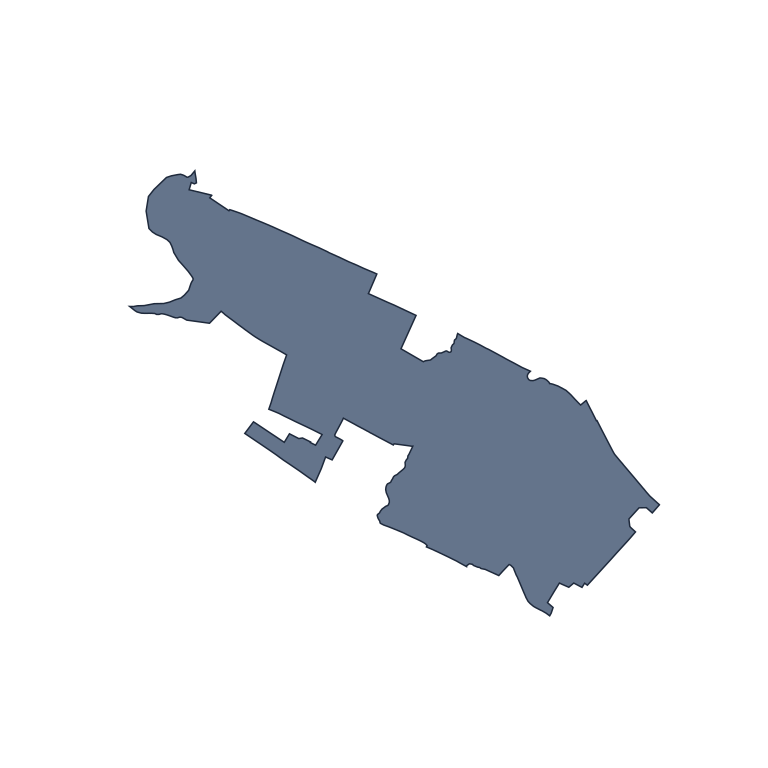 Clinceni, Ilfov, Romania, rotated 64°
{"feature_id": "2599482B71461276901168", "entity_name": "Clinceni", "entity_type": "district", "adm_level": 2, "iso_a3": "ROU", "parent_name": "Romania", "parent_adm1": "Ilfov", "projection": "mercator", "projection_center": [25.929, 44.377], "detail": "fine", "context": "isolated", "style": "filled", "palette": "slate", "viewbox_px": 768, "rotation_deg": 64, "n_neighbors": 0, "source": "geoboundaries", "source_scale": "gbopen_adm2", "svg_char_len": 6170}
<svg xmlns="http://www.w3.org/2000/svg" viewBox="0 0 768 768"><g transform="rotate(64 384 384)"><path d="M109.5,460.6L112.0,466.1L112.2,469.5L111.7,470.5L110.7,471.1L109.3,472.0L108.0,473.1L106.3,474.9L105.4,477.5L103.7,483.8L103.0,489.0L108.3,505.4L112.2,513.5L124.3,522.0L141.2,527.1L145.9,525.5L149.7,523.2L154.6,518.9L159.2,515.7L162.9,514.3L167.0,514.3L170.6,514.7L173.7,515.3L182.8,514.5L189.8,512.5L197.0,510.6L203.2,509.5L204.6,509.4L205.8,509.4L206.8,510.2L207.7,511.7L208.9,513.3L211.1,515.5L214.1,518.4L216.6,524.4L217.7,528.9L216.8,534.6L216.4,540.8L215.1,546.7L211.1,555.3L208.4,565.2L205.6,571.4L204.5,575.3L202.8,578.6L208.7,575.8L211.0,574.4L214.0,571.0L214.8,569.5L215.5,568.3L216.0,567.2L216.7,565.8L217.4,564.2L218.1,562.9L218.5,562.0L218.8,561.4L219.3,560.7L219.8,559.6L220.7,558.6L221.6,558.1L222.0,557.4L222.5,556.4L222.9,555.4L223.1,553.8L223.4,553.0L223.9,552.2L225.1,550.6L226.8,548.7L228.1,547.4L229.4,546.1L231.5,544.1L233.0,542.5L234.0,540.6L234.4,538.1L235.6,536.4L240.1,533.3L252.9,514.2L247.2,498.5L250.3,497.1L251.9,496.5L252.3,496.3L257.2,493.8L260.8,491.9L267.4,488.6L270.2,487.1L274.7,484.8L282.9,480.4L285.5,478.9L289.6,476.3L292.2,474.6L298.1,470.5L300.8,468.6L306.0,465.0L309.3,462.7L314.5,459.2L315.2,458.8L322.4,466.1L341.6,484.6L342.6,485.6L348.2,490.9L351.2,493.6L356.2,498.6L360.5,494.7L364.5,491.2L369.2,487.7L372.6,485.0L376.2,482.2L378.8,480.2L388.0,472.8L393.3,468.6L402.1,461.9L402.3,461.8L407.4,469.8L409.0,472.3L404.3,475.9L403.9,475.4L396.8,480.9L395.7,484.5L387.3,490.8L392.7,499.2L388.6,501.6L383.1,504.8L378.7,507.4L373.7,510.3L362.4,516.9L360.8,517.9L367.4,530.8L380.6,523.2L383.5,521.5L390.5,517.5L393.8,515.6L397.2,513.7L400.8,511.7L403.7,510.2L408.4,507.7L414.4,504.2L422.8,499.4L424.9,498.2L435.6,492.4L436.4,491.9L438.1,491.0L441.2,489.3L442.2,488.9L432.6,477.5L424.0,468.5L429.5,463.9L417.1,445.9L416.2,446.3L414.1,447.7L411.4,449.7L410.4,450.5L409.9,450.8L409.1,450.8L408.2,450.6L406.6,448.6L403.6,444.4L400.4,440.0L398.1,436.9L396.9,435.5L406.8,428.4L407.5,427.9L408.7,427.1L410.8,425.6L411.9,424.8L412.5,424.3L413.3,423.8L414.1,423.2L414.7,422.7L415.0,422.5L415.5,422.1L416.2,421.7L416.6,421.4L417.2,420.9L417.8,420.5L418.5,420.1L418.9,419.7L420.0,418.9L421.7,417.8L422.4,417.3L423.1,416.7L423.4,416.5L424.4,415.8L425.0,415.4L426.0,414.6L426.6,414.2L427.5,413.6L428.3,413.0L429.1,412.4L429.3,412.3L436.8,406.8L438.2,405.8L438.9,405.3L439.9,404.5L440.5,404.1L441.2,403.6L442.9,402.4L442.2,401.1L450.8,388.2L452.0,386.5L452.5,385.4L453.3,386.3L458.2,392.5L459.1,394.0L461.2,395.4L461.9,397.1L463.6,399.4L466.6,400.6L467.7,401.4L468.5,402.5L469.1,404.2L470.4,409.6L471.1,411.8L471.1,414.6L471.5,415.9L472.0,416.7L472.7,417.5L473.5,418.7L474.1,419.8L474.9,420.5L475.3,421.8L475.3,424.6L476.1,426.0L477.5,427.4L479.7,428.8L482.7,429.6L488.8,429.9L491.0,430.3L492.7,431.1L494.4,432.9L494.8,433.9L494.7,436.2L495.2,438.6L495.5,440.5L496.8,443.1L498.0,444.7L498.4,446.8L498.9,447.6L500.5,448.0L502.3,448.2L504.0,448.1L505.2,447.9L507.2,448.4L507.9,448.1L510.6,446.1L514.4,442.4L517.8,439.3L525.0,432.9L526.5,431.6L530.2,428.8L533.8,425.9L538.0,422.4L540.5,420.4L542.0,419.3L543.8,418.0L545.3,417.1L546.3,416.6L548.1,416.1L549.0,417.3L553.4,413.5L559.5,408.5L559.8,408.3L568.2,401.6L571.1,399.4L574.8,396.5L577.9,394.4L584.4,389.8L584.1,389.6L583.6,389.4L583.1,386.7L583.1,385.9L584.9,383.5L586.2,383.2L589.6,380.2L590.9,378.4L592.4,377.7L595.0,374.3L600.1,370.1L606.0,365.2L606.5,364.8L604.3,359.3L601.9,352.9L601.1,350.7L602.4,349.6L606.0,348.3L607.3,348.4L608.0,348.5L610.9,348.7L613.4,348.9L613.7,348.9L616.0,348.8L617.7,348.9L621.6,349.1L625.3,349.3L632.2,349.7L637.0,349.9L638.0,350.0L642.5,349.8L645.4,348.9L649.4,347.1L651.5,345.7L652.4,345.0L656.2,342.2L656.5,341.9L657.1,341.4L661.0,338.8L665.0,336.7L663.2,334.1L659.0,330.0L657.1,330.8L652.2,332.9L645.1,322.0L639.8,313.6L642.3,311.6L647.7,307.0L646.1,300.7L653.6,295.2L651.4,291.7L651.0,291.0L654.0,289.4L641.2,257.1L637.8,248.8L632.0,234.1L630.3,230.0L627.2,222.8L622.1,224.8L620.8,225.3L620.1,225.4L619.7,225.5L613.6,223.4L612.6,222.9L607.1,209.0L610.2,202.4L617.5,199.4L613.3,189.4L612.9,189.5L611.0,190.3L606.7,192.0L604.7,192.8L602.5,193.7L600.9,194.3L598.6,194.9L596.1,195.6L593.0,196.3L590.4,197.0L587.9,197.6L584.4,198.5L577.5,200.2L570.9,201.9L567.3,202.8L562.3,204.1L560.0,204.6L557.8,205.2L555.5,205.8L550.5,207.0L549.7,207.2L548.5,207.5L547.7,207.6L546.5,207.7L544.6,207.8L533.3,208.1L528.6,208.2L521.1,208.4L510.3,208.6L510.2,209.2L500.0,209.3L496.9,209.4L490.7,209.5L487.5,209.5L487.5,209.9L489.1,216.5L486.3,217.5L481.3,219.1L475.5,220.8L469.5,223.2L466.8,225.1L462.1,228.5L458.1,232.4L456.5,234.4L456.2,235.0L455.6,234.9L454.6,235.0L452.4,235.8L450.8,236.6L449.3,237.7L447.9,239.6L446.9,241.2L446.7,246.5L446.3,248.6L444.9,251.1L443.4,252.0L441.4,252.2L440.1,251.9L438.9,251.2L437.7,249.6L436.7,246.8L429.6,252.7L422.0,258.1L418.1,261.0L414.8,263.4L412.0,265.3L408.8,267.6L407.5,268.5L398.6,274.9L396.6,276.6L390.8,280.7L385.8,284.5L378.5,290.4L377.7,291.2L377.5,291.3L376.0,292.3L374.8,293.1L372.8,294.4L370.9,295.6L371.8,296.6L372.2,296.9L373.3,297.8L374.6,298.9L375.0,299.7L375.4,301.3L376.2,302.0L376.7,302.3L378.0,303.1L378.5,303.9L378.8,305.2L379.8,306.6L381.0,307.9L382.4,308.3L383.3,308.7L384.2,309.4L384.4,310.0L384.4,310.7L384.3,311.1L383.9,311.8L383.1,312.3L381.9,313.1L381.5,313.7L381.4,314.7L381.4,316.2L381.3,317.8L381.3,318.8L380.1,321.4L380.1,322.1L380.3,323.2L380.9,324.0L381.5,325.0L382.3,329.6L382.8,331.5L382.6,332.5L382.1,333.9L381.6,335.5L381.3,336.6L381.2,337.5L381.2,338.9L359.8,353.3L336.4,325.1L326.0,333.5L317.5,340.3L312.3,344.8L299.3,355.6L295.9,358.4L295.7,358.1L282.0,342.2L278.5,345.1L276.5,346.9L271.8,351.0L271.1,351.6L266.7,355.2L265.9,355.8L258.8,362.0L251.5,367.8L241.3,376.3L240.9,376.4L233.0,382.7L227.0,387.9L222.5,391.7L219.2,394.4L215.9,397.0L210.6,401.2L206.3,404.8L200.9,409.4L193.4,415.6L192.1,416.8L190.8,417.8L189.6,418.9L187.4,420.8L180.2,427.2L168.7,437.2L166.6,439.2L161.8,444.0L159.7,446.2L160.3,447.4L140.3,459.0L138.9,456.1L138.7,456.2L124.0,474.0L118.4,468.9L121.0,466.7L121.0,464.4L116.7,462.8L111.5,461.3L109.5,460.6Z" fill="#64748b" stroke="#1e293b" stroke-width="1.5"/></g></svg>